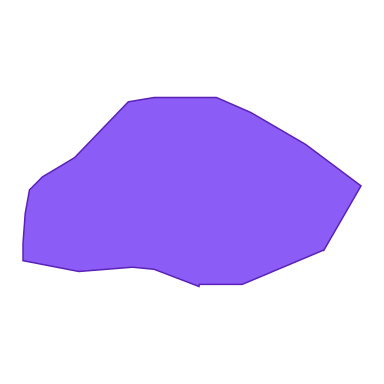 outline of Yongsan-gu, Seoul, South Korea
{"feature_id": "91817680B50347392057391", "entity_name": "Yongsan-gu", "entity_type": "district", "adm_level": 2, "iso_a3": "KOR", "parent_name": "South Korea", "parent_adm1": "Seoul", "projection": "albers", "projection_center": [126.983, 37.523], "detail": "fine", "context": "isolated", "style": "filled", "palette": "violet", "viewbox_px": 384, "rotation_deg": 0, "n_neighbors": 0, "source": "geoboundaries", "source_scale": "gbopen_adm2", "svg_char_len": 386}
<svg xmlns="http://www.w3.org/2000/svg" viewBox="0 0 384 384"><path d="M323.9,250.2L361.0,185.9L305.7,144.5L250.8,112.5L216.4,97.5L154.1,97.5L128.3,101.8L74.6,157.6L42.4,176.9L30.6,188.8L29.5,189.8L25.2,213.5L23.0,243.5L23.0,260.7L78.9,271.5L132.6,267.2L154.1,269.3L199.0,286.5L199.2,284.4L242.2,284.4L323.8,250.0L323.9,250.2Z" fill="#8b5cf6" stroke="#5b21b6" stroke-width="1.5"/></svg>